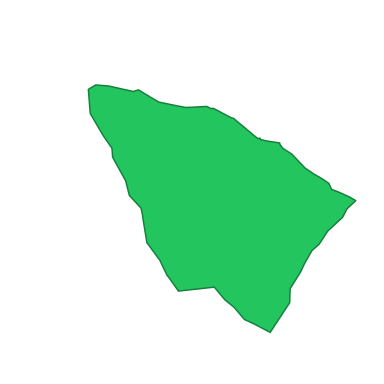 Xatanbulag, Dornogovi, Mongolia (Robinson projection), rotated 214°
{"feature_id": "93677404B73496308227774", "entity_name": "Xatanbulag", "entity_type": "district", "adm_level": 2, "iso_a3": "MNG", "parent_name": "Mongolia", "parent_adm1": "Dornogovi", "projection": "robinson", "projection_center": [109.203, 43.024], "detail": "fine", "context": "isolated", "style": "filled", "palette": "green", "viewbox_px": 384, "rotation_deg": 214, "n_neighbors": 0, "source": "geoboundaries", "source_scale": "gbopen_adm2", "svg_char_len": 1479}
<svg xmlns="http://www.w3.org/2000/svg" viewBox="0 0 384 384"><g transform="rotate(214 192 192)"><path d="M48.7,119.3L49.1,154.8L56.6,166.8L57.1,181.5L57.3,186.9L58.7,195.5L59.8,210.4L57.4,219.9L57.6,235.6L53.0,255.2L54.1,264.8L51.4,276.3L51.5,276.4L59.0,275.9L64.9,274.9L71.1,273.8L77.7,272.2L83.5,275.7L91.2,275.7L96.4,275.4L101.2,275.0L110.7,275.1L111.4,275.1L111.7,275.1L122.6,277.5L130.3,279.2L136.2,279.1L140.8,279.0L142.8,279.6L145.7,280.6L146.8,281.7L152.0,279.2L153.7,278.4L158.8,276.0L162.6,274.6L164.8,273.8L165.0,274.0L165.7,274.6L166.9,273.6L167.5,273.1L170.5,273.4L174.0,273.7L177.5,274.1L182.3,274.6L187.6,275.1L191.4,275.5L195.4,275.9L198.5,276.3L200.7,275.6L201.0,275.5L202.0,275.4L206.2,274.9L208.8,274.6L212.7,274.2L216.6,273.8L221.1,273.3L222.3,272.3L223.1,271.7L227.0,271.3L227.6,271.2L230.1,269.3L232.5,267.5L237.4,263.8L244.4,258.6L252.3,255.2L260.3,251.9L261.7,251.3L265.9,249.6L269.7,248.0L279.2,247.4L282.1,247.3L287.7,247.0L290.6,246.9L290.8,246.9L293.4,246.8L296.5,243.0L296.9,242.5L299.6,241.4L303.5,239.9L309.0,237.7L310.1,237.3L316.7,234.7L320.1,233.4L326.4,229.9L327.8,229.1L329.1,228.4L331.7,226.9L335.1,219.6L335.3,219.1L320.3,200.2L297.0,189.0L282.8,183.5L277.2,176.4L253.3,164.2L242.0,154.1L225.2,150.1L220.9,146.0L217.3,142.0L201.1,124.8L182.2,118.0L180.5,117.5L178.6,116.3L166.3,109.1L162.7,107.9L147.8,102.3L120.3,125.6L104.5,121.0L92.4,119.9L77.2,115.6L66.9,117.3L48.7,119.3Z" fill="#22c55e" stroke="#15803d" stroke-width="1.5"/></g></svg>